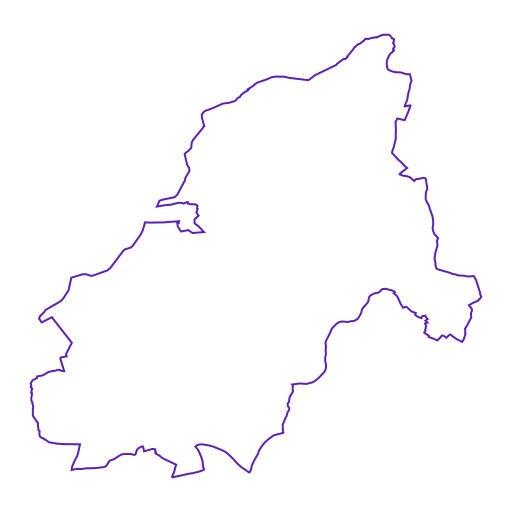 Dostat, Alba, Romania (Equal Earth projection)
{"feature_id": "2599482B86797117327807", "entity_name": "Dostat", "entity_type": "district", "adm_level": 2, "iso_a3": "ROU", "parent_name": "Romania", "parent_adm1": "Alba", "projection": "equal_earth", "projection_center": [23.834, 45.965], "detail": "fine", "context": "isolated", "style": "outline", "palette": "violet", "viewbox_px": 512, "rotation_deg": 0, "n_neighbors": 0, "source": "geoboundaries", "source_scale": "gbopen_adm2", "svg_char_len": 5967}
<svg xmlns="http://www.w3.org/2000/svg" viewBox="0 0 512 512"><path d="M200.4,471.2L203.8,469.8L204.0,469.4L203.0,466.3L202.6,461.4L201.4,457.4L198.8,451.2L197.3,448.8L195.4,446.6L196.9,445.3L199.9,444.4L202.3,444.3L209.3,445.5L213.2,446.6L223.0,450.6L226.2,452.5L228.2,454.1L233.2,458.9L237.3,463.5L242.1,467.7L249.0,472.4L249.7,472.2L250.2,471.4L251.0,469.5L251.5,466.9L252.3,464.4L254.5,459.9L257.7,454.4L259.0,450.7L261.2,447.1L264.5,442.7L268.3,439.3L273.6,435.4L283.3,432.8L282.8,430.1L282.8,426.0L282.6,424.6L283.9,422.1L284.8,419.3L286.6,415.9L287.6,412.3L289.2,409.8L289.2,408.1L288.0,406.2L287.6,404.7L287.6,404.1L289.0,401.5L289.6,397.2L293.0,391.5L292.6,388.6L292.9,385.6L292.1,384.5L299.5,383.5L306.7,383.9L312.5,382.3L314.3,381.4L318.5,378.1L323.4,373.0L325.0,371.0L325.8,368.6L326.1,366.2L326.0,364.6L325.2,361.0L325.2,357.0L326.0,354.3L325.6,351.0L326.0,346.6L325.5,342.4L326.4,340.1L330.4,332.2L331.5,329.2L332.2,328.2L336.6,323.7L339.0,322.2L342.2,321.5L348.1,322.0L351.3,321.1L353.3,321.1L355.3,320.3L357.3,319.2L358.9,317.2L361.2,313.0L362.0,309.4L362.6,308.4L367.2,303.1L368.0,301.9L368.6,300.4L368.8,297.9L369.6,296.4L370.9,295.2L373.6,293.7L378.8,292.4L382.5,289.0L385.6,288.8L391.4,290.3L393.9,291.2L394.8,291.9L395.0,292.2L394.6,292.7L393.7,293.3L396.5,295.6L397.5,296.9L400.7,304.0L402.1,305.9L403.0,307.7L406.3,306.7L411.6,311.5L415.8,313.0L415.1,314.7L417.1,316.3L419.1,317.4L421.5,318.1L422.1,316.3L425.3,315.6L426.1,317.4L427.6,319.1L425.4,320.7L427.4,322.6L425.1,323.5L425.9,325.5L426.0,326.5L425.7,328.4L425.2,329.3L425.6,330.4L424.2,332.5L425.8,333.9L428.6,335.5L428.9,335.8L428.5,336.5L428.6,336.8L435.2,339.4L437.3,340.5L439.6,338.3L441.8,335.6L443.5,335.7L446.3,337.7L447.3,337.1L448.8,335.3L450.1,334.5L456.8,339.2L462.1,341.9L463.7,339.5L465.5,333.9L465.1,332.3L465.4,330.6L465.0,328.7L466.5,326.5L471.2,317.6L471.0,313.1L471.3,312.1L472.0,310.7L472.1,310.2L471.5,308.6L469.0,305.1L474.0,302.4L478.0,300.8L478.8,299.6L480.2,298.4L481.3,296.7L480.3,294.7L480.0,292.3L476.0,280.0L473.9,276.1L467.6,276.5L463.7,275.7L458.0,275.4L455.6,274.5L452.3,273.9L449.6,272.7L438.1,269.4L436.4,268.5L435.5,265.3L435.4,262.3L434.5,258.6L435.6,251.7L437.4,246.0L437.5,244.7L437.0,241.3L437.4,239.5L438.1,238.1L434.5,234.2L433.0,230.7L432.6,228.0L433.2,224.9L433.2,221.2L432.5,216.3L429.7,208.6L429.2,206.1L426.6,201.6L425.6,198.7L425.9,192.7L426.3,191.1L427.0,189.6L427.3,187.9L426.4,183.2L425.8,178.9L424.8,178.0L423.6,177.8L418.0,179.0L416.3,179.0L414.2,181.0L411.2,178.2L409.4,177.0L406.1,176.0L403.4,175.8L399.9,174.4L399.6,174.0L399.8,173.7L407.1,168.0L404.3,165.7L401.1,162.0L398.6,160.0L392.0,153.0L392.6,150.1L393.6,147.6L395.8,138.8L395.7,135.2L395.9,131.1L395.6,121.3L396.4,120.4L397.1,118.6L397.4,118.5L404.7,120.2L408.2,112.0L410.5,105.6L410.4,105.4L409.0,105.5L404.9,106.5L404.6,106.2L405.5,104.5L405.9,102.7L407.1,100.5L408.1,94.1L409.6,88.7L410.2,84.6L410.9,82.1L411.6,80.7L410.3,76.1L409.9,74.2L406.4,74.2L400.7,72.4L395.8,72.2L393.1,71.7L389.9,70.5L388.0,69.5L387.6,69.0L387.5,68.0L387.0,67.2L387.1,66.0L386.7,64.2L386.8,61.8L387.4,59.3L388.5,57.1L388.6,56.2L391.0,53.0L392.3,52.3L392.9,51.0L394.0,50.7L393.9,50.3L393.2,49.6L393.1,48.9L393.4,48.2L394.3,47.5L394.6,46.8L394.0,44.0L393.0,43.0L393.8,41.6L393.8,40.8L394.0,39.7L393.9,39.0L391.9,38.3L391.6,37.3L389.4,34.9L388.4,34.7L383.3,34.8L381.0,35.3L379.2,36.4L376.7,37.0L376.9,37.3L376.7,37.5L375.2,37.4L374.7,37.6L373.7,37.6L370.2,38.3L368.4,39.0L365.5,38.8L364.6,39.5L364.1,40.7L362.8,41.4L360.0,43.6L358.0,44.4L356.0,45.9L355.3,46.9L354.4,47.4L352.7,50.0L347.2,56.5L347.5,57.1L345.1,59.2L343.8,58.8L337.0,63.8L336.5,64.8L314.8,75.3L308.5,80.2L289.5,77.9L284.0,76.7L275.5,76.6L271.4,77.3L267.5,79.1L256.8,82.8L252.4,86.4L248.1,89.1L248.7,89.3L247.8,90.4L245.1,91.9L242.0,94.1L240.5,95.8L240.0,96.9L237.5,98.1L236.0,100.3L234.4,101.2L229.4,102.7L222.8,103.6L212.2,108.4L205.6,110.7L203.7,112.0L201.8,114.4L201.9,117.7L204.3,126.2L203.5,126.6L202.8,128.0L193.0,140.0L191.9,142.1L191.5,144.1L191.4,147.0L191.0,148.1L189.5,149.8L184.6,153.9L187.1,164.8L189.1,167.9L189.4,169.5L189.3,171.2L185.4,177.8L185.0,180.3L177.2,194.8L174.6,197.2L163.3,199.5L159.5,200.7L156.9,206.6L164.8,205.2L171.0,204.7L178.6,202.7L182.7,203.1L183.6,203.6L186.5,202.2L187.8,202.2L187.7,203.5L190.1,204.2L195.6,204.4L197.0,205.2L197.5,205.9L196.9,208.2L197.7,208.8L196.4,212.6L198.6,215.6L194.5,219.5L194.6,223.3L199.1,226.8L204.0,232.1L192.5,233.0L188.3,230.1L181.0,231.5L177.8,226.6L177.3,223.2L178.7,223.1L179.2,221.2L163.7,222.4L150.0,222.6L144.9,222.4L144.3,225.2L142.5,230.9L140.4,234.9L132.8,245.8L130.2,247.8L125.3,249.2L123.1,251.0L110.3,268.0L107.2,270.5L92.9,275.6L91.2,275.9L87.6,274.6L85.2,274.2L82.6,274.3L71.3,277.7L68.6,290.2L63.1,298.6L60.2,301.5L45.5,310.0L44.2,312.1L40.1,316.1L39.0,318.5L41.7,322.4L51.8,317.2L71.8,342.8L66.0,354.2L66.6,356.3L61.4,357.3L60.2,358.3L64.2,371.1L61.5,370.9L59.6,369.9L58.2,369.8L54.6,370.8L51.1,371.3L47.9,372.3L43.6,374.9L41.8,375.6L37.1,376.4L37.1,377.9L33.2,380.0L32.2,380.9L30.7,383.3L31.4,386.1L30.9,386.7L30.8,387.4L32.2,388.6L31.5,390.8L31.6,391.6L31.2,392.3L31.3,393.1L32.1,393.4L31.3,398.0L31.4,400.5L32.4,402.7L33.2,407.1L32.8,410.0L32.9,415.8L38.0,423.1L37.9,424.5L38.5,430.3L39.3,430.8L39.6,431.4L39.4,433.6L39.5,435.4L40.1,436.6L40.9,437.4L44.2,438.8L44.2,439.4L45.4,439.7L49.1,442.3L56.5,443.6L63.4,444.1L80.0,444.3L78.0,453.4L77.1,456.2L76.3,457.4L72.3,466.0L71.6,470.0L76.4,468.9L81.8,469.0L86.5,468.3L95.5,468.1L103.8,467.1L105.6,466.4L106.4,465.7L109.0,461.5L109.9,460.6L113.5,459.4L121.0,454.7L123.3,454.1L127.3,454.0L131.1,454.0L133.7,454.9L135.0,454.7L135.6,454.0L136.9,450.0L137.9,448.7L138.5,448.2L142.3,446.3L142.8,446.4L143.1,446.8L144.1,451.3L152.5,448.9L155.1,449.3L155.4,449.7L155.1,451.0L156.0,452.2L155.4,453.1L155.9,453.7L159.3,455.5L161.8,457.6L163.8,458.8L176.2,464.7L175.5,466.5L174.1,472.1L172.3,475.9L172.2,477.0L172.5,477.3L189.1,473.7L193.1,473.1L200.4,471.2Z" fill="none" stroke="#5b21b6" stroke-width="2"/></svg>